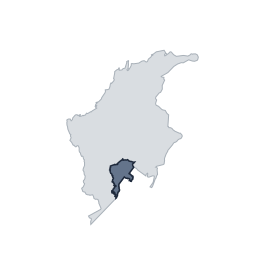 location of Vaupés within Colombia, rotated 36°
{"feature_id": "COL-1426", "entity_name": "Vaupés", "entity_type": "Commissiary", "adm_level": 1, "iso_a3": "COL", "parent_name": "Colombia", "parent_adm1": "", "projection": "equal_earth", "projection_center": [-70.34, 0.431], "detail": "fine", "context": "in_parent", "style": "filled", "palette": "slate", "viewbox_px": 256, "rotation_deg": 36, "n_neighbors": 0, "source": "natural_earth", "source_scale": "10m", "svg_char_len": 8136}
<svg xmlns="http://www.w3.org/2000/svg" viewBox="0 0 256 256"><g transform="rotate(36 128 128)"><path d="M142.6,34.9L140.7,36.0L137.0,37.2L134.4,42.8L132.7,43.8L130.5,47.1L128.9,51.2L127.7,59.6L124.5,66.7L124.7,67.0L126.0,66.7L127.2,65.9L127.6,66.2L128.1,67.4L129.5,67.7L130.7,73.5L132.9,76.4L133.1,77.5L133.4,79.9L132.6,81.4L132.3,86.7L133.0,88.0L134.7,88.5L135.8,91.8L136.5,92.5L137.5,93.0L139.9,92.5L144.3,93.1L145.3,93.0L147.8,91.9L150.9,93.3L153.2,93.5L159.4,103.4L160.0,103.1L160.8,103.7L162.4,102.7L163.8,102.5L165.6,103.0L167.9,103.0L172.7,102.0L173.4,101.4L175.9,102.0L176.7,102.8L177.1,104.6L176.8,105.8L175.9,106.9L175.4,108.4L175.3,110.2L174.8,111.5L174.0,112.4L173.7,113.7L173.9,115.3L173.4,122.8L173.8,123.4L174.1,126.5L175.2,130.5L175.7,131.7L176.6,132.6L178.3,135.9L177.9,137.0L173.6,142.2L173.4,143.4L174.2,142.9L175.6,143.4L176.0,144.6L179.2,148.2L179.2,149.6L180.1,152.3L179.9,152.9L182.1,160.6L182.2,162.3L180.4,162.7L180.3,157.5L180.0,156.5L177.9,151.9L177.5,151.5L176.1,152.1L173.8,155.5L172.7,156.0L171.9,155.5L171.0,153.5L170.4,153.1L169.9,154.8L170.6,156.3L160.4,156.3L158.4,155.7L155.7,156.4L155.6,164.2L160.5,164.3L161.8,166.6L161.7,168.4L161.9,169.0L160.7,169.4L159.0,168.2L156.0,169.7L153.8,170.0L153.7,178.6L155.0,180.8L157.6,183.1L158.0,184.7L157.8,186.1L158.4,188.0L159.2,189.0L159.2,190.1L159.7,191.3L154.6,227.9L152.8,225.6L152.2,223.6L151.3,222.8L149.6,223.4L147.8,222.4L153.7,210.0L153.5,208.9L148.5,205.9L148.0,205.1L145.7,203.5L144.4,204.0L143.6,204.8L141.9,205.0L140.4,203.7L138.7,202.8L136.6,204.9L136.0,204.9L134.5,205.8L133.0,206.2L130.9,205.2L129.2,205.9L128.1,205.7L127.7,205.1L126.2,204.3L126.0,203.5L126.4,202.0L125.8,199.0L125.6,198.5L124.4,198.4L123.1,197.3L122.9,196.7L123.1,195.4L122.9,194.4L121.6,192.0L119.9,191.3L118.1,189.3L116.4,188.6L115.7,187.2L114.9,183.9L113.1,181.4L111.9,180.6L111.5,179.4L110.2,179.2L108.5,177.6L107.7,177.5L107.2,178.2L105.6,177.4L104.2,176.2L102.8,175.9L101.9,175.2L100.2,172.8L98.4,171.7L97.3,172.1L97.0,173.8L96.4,174.1L94.3,173.7L93.9,174.1L93.4,174.0L90.8,172.7L88.3,172.2L87.7,169.3L86.1,168.3L85.6,166.9L84.5,167.0L80.2,164.4L78.4,162.6L76.9,161.5L75.3,159.5L75.0,158.6L73.8,157.5L74.4,155.9L75.9,154.7L77.8,155.6L78.1,153.8L77.4,152.3L77.7,148.6L78.2,147.8L79.3,147.1L79.9,147.4L80.3,146.8L81.9,147.1L82.4,146.8L83.6,145.4L84.1,144.2L84.6,144.3L85.9,142.4L85.7,140.4L86.9,140.0L88.2,136.8L88.7,136.7L89.0,135.2L91.2,129.9L90.4,130.6L89.6,130.2L89.7,128.4L89.5,128.2L88.7,129.6L88.1,128.2L88.3,125.9L87.3,126.4L87.4,125.8L88.8,124.1L89.4,120.2L88.9,118.8L88.7,113.0L88.4,111.9L87.2,110.5L89.1,108.8L89.8,107.5L89.0,105.0L87.9,102.8L87.8,101.5L88.5,101.6L88.8,98.0L88.2,96.6L87.4,96.6L84.9,91.3L84.1,90.2L84.7,87.6L85.5,86.5L85.4,84.6L85.8,84.7L86.9,86.4L87.3,86.2L89.0,84.5L89.1,82.9L90.4,81.3L88.6,75.9L87.9,75.0L88.7,73.3L89.1,73.4L89.9,75.1L91.0,76.2L92.7,79.2L93.5,79.9L92.9,80.6L92.8,81.3L93.1,81.7L94.0,81.8L94.4,80.9L94.2,77.3L93.8,75.4L92.9,74.1L93.2,73.6L94.9,72.7L98.6,69.1L99.9,65.8L100.9,64.6L102.0,63.9L103.3,64.1L104.3,63.6L104.6,62.6L104.0,60.3L104.8,57.2L104.7,55.6L105.3,54.6L105.1,54.3L103.7,55.4L105.1,53.2L106.1,49.8L111.5,43.9L114.9,45.3L116.0,45.2L114.6,45.9L114.3,46.8L114.8,47.7L115.4,48.0L115.8,47.4L117.0,43.9L117.2,42.0L117.7,41.3L118.4,41.1L121.8,41.9L125.0,41.6L130.2,36.7L134.2,34.6L135.2,32.6L135.4,31.0L136.2,30.4L136.9,30.4L137.4,29.6L139.2,28.3L141.1,28.1L143.2,29.3L144.1,31.3L144.2,32.7L142.6,34.9ZM82.0,146.4L81.7,146.7L81.3,146.2L81.1,145.6L81.4,145.2L81.8,145.3L82.0,146.4Z" fill="#d9dde1" stroke="#a8b0b8" stroke-width="1"/><path d="M155.7,156.4L155.7,156.9L155.6,164.2L155.8,164.3L156.2,163.9L156.4,163.9L156.6,163.9L156.8,164.2L157.7,164.1L157.9,164.1L158.3,164.3L158.7,164.3L159.0,164.2L159.1,164.3L159.3,164.4L159.4,164.6L159.5,164.6L159.9,164.2L160.1,164.1L160.7,164.5L160.8,164.6L160.9,164.9L161.1,165.0L161.2,165.3L161.2,165.5L161.4,165.6L161.4,166.1L161.5,166.2L161.7,166.4L161.8,166.4L161.9,166.5L161.8,166.8L161.7,166.8L161.7,167.1L161.7,167.6L161.7,167.9L161.7,168.0L161.6,168.4L161.6,168.5L161.8,168.6L162.0,168.9L162.0,169.2L162.0,169.3L161.8,169.4L161.7,169.4L161.4,169.3L161.3,169.5L161.2,169.6L160.8,169.5L160.6,169.5L160.6,169.2L160.4,169.1L160.2,169.1L160.0,169.3L160.0,169.2L159.3,168.4L159.2,168.2L158.7,168.2L158.6,168.3L158.3,168.5L158.1,168.6L157.9,168.7L157.8,168.9L157.7,169.1L157.4,169.1L157.2,168.9L156.7,169.3L156.4,169.5L156.1,169.7L155.7,169.8L155.1,169.8L154.9,169.9L154.7,169.9L154.3,169.9L154.1,170.0L153.8,169.9L153.7,177.6L153.7,178.5L153.7,178.9L153.8,179.1L154.2,179.7L154.6,180.2L154.8,180.6L155.1,180.8L155.4,180.9L155.6,181.1L155.7,181.5L155.8,181.6L156.1,181.8L156.4,182.3L156.6,182.4L157.3,182.8L157.6,183.1L157.7,183.3L157.8,183.5L157.8,183.8L157.8,184.1L157.8,184.3L158.0,184.5L158.0,185.0L157.7,185.6L157.6,185.8L157.7,186.1L158.1,186.6L158.1,187.1L158.2,187.3L158.3,187.4L158.3,187.5L158.5,187.8L158.4,187.9L158.4,188.0L158.5,188.2L158.6,188.3L158.8,188.4L158.8,188.5L159.0,188.8L159.3,189.0L159.3,189.6L159.2,190.0L159.6,190.8L159.7,191.2L159.5,191.9L159.2,191.4L159.1,191.2L158.8,191.1L158.2,190.6L157.6,191.0L157.4,190.9L157.4,190.7L157.4,190.3L157.5,190.1L157.5,189.9L157.5,189.7L157.3,189.5L157.0,189.0L156.9,188.9L156.7,188.9L156.6,189.0L156.4,189.4L156.3,189.5L156.1,189.5L155.7,189.3L155.4,189.4L155.3,189.6L155.1,189.7L154.9,189.6L154.8,189.3L154.9,189.0L154.9,188.9L154.9,188.7L155.0,188.6L155.1,188.4L155.2,188.2L154.8,188.1L154.7,188.2L154.3,188.0L154.2,188.1L154.1,188.3L153.9,188.3L153.7,188.2L153.4,188.3L153.2,188.7L153.3,188.9L153.6,189.2L153.7,189.5L153.4,189.9L153.1,189.8L152.6,189.4L152.6,189.1L152.7,188.8L152.7,188.6L152.3,188.8L152.2,188.8L152.0,188.7L151.9,188.4L151.8,188.2L152.0,187.8L152.2,187.6L152.4,187.2L152.2,186.8L152.0,186.4L151.9,186.0L152.0,185.9L152.1,185.7L152.2,185.4L152.2,185.1L152.1,184.9L152.1,184.7L152.2,184.2L152.2,183.9L152.1,183.7L151.8,183.6L151.7,183.7L151.6,183.4L151.8,183.0L152.3,182.3L152.4,182.2L152.2,181.9L151.8,181.8L151.7,181.9L151.5,182.0L151.4,182.2L151.4,182.5L151.2,182.7L150.7,182.5L150.3,182.6L150.3,182.3L150.3,182.1L150.2,181.9L150.1,181.6L150.0,181.4L149.9,181.3L149.7,181.2L149.3,181.3L149.1,181.2L149.0,180.9L148.8,180.8L148.7,180.8L148.4,180.9L148.1,180.5L147.9,180.4L147.7,180.3L147.5,180.5L147.4,180.7L147.3,180.8L147.2,180.9L146.8,180.9L146.7,180.7L146.5,180.1L146.3,179.3L145.9,178.7L146.0,178.4L146.0,178.2L146.0,177.8L145.9,177.6L145.7,177.1L145.4,176.9L145.1,177.0L144.9,176.9L144.5,176.7L144.3,176.6L144.1,176.5L144.1,176.3L144.0,175.8L143.8,175.6L143.7,175.6L143.3,175.8L143.2,175.8L142.9,175.7L142.7,175.6L142.3,175.0L141.9,174.9L141.7,174.7L141.4,174.8L141.2,174.8L141.0,174.7L140.9,174.7L140.7,174.8L140.1,174.4L139.3,173.9L139.1,173.7L139.0,173.3L138.9,173.2L138.6,173.1L138.5,172.9L138.5,172.7L138.4,172.5L138.2,172.4L138.0,172.7L137.8,172.7L137.8,172.3L137.9,172.1L137.7,171.7L137.3,171.4L137.0,171.1L137.0,170.8L137.1,170.7L137.1,170.3L137.0,170.1L136.8,170.0L136.7,170.1L136.5,169.8L136.4,169.4L136.3,169.1L136.2,169.0L137.8,166.6L138.1,166.3L138.4,165.9L138.5,165.8L138.5,165.6L138.6,165.3L138.8,165.2L139.1,165.1L139.3,165.2L139.8,164.6L140.0,164.4L140.2,164.0L140.2,163.8L140.2,163.7L140.3,163.4L140.4,163.2L140.5,163.0L140.6,163.3L140.7,163.5L140.8,163.6L140.9,163.3L140.8,163.2L140.7,163.0L140.6,162.8L140.6,162.6L140.5,162.3L140.5,162.2L140.5,161.9L140.5,161.7L141.0,160.3L141.0,159.9L141.1,159.6L141.2,159.4L141.4,158.8L141.5,158.4L141.5,158.2L141.8,157.8L141.8,157.5L141.9,157.2L141.9,156.1L142.1,156.1L142.3,156.4L142.6,156.5L142.8,156.8L143.0,156.9L143.2,156.7L143.4,156.5L143.5,156.3L144.0,155.9L144.7,155.3L145.2,155.1L145.5,154.9L145.7,154.7L146.1,154.2L146.2,153.9L146.3,153.9L147.2,153.9L147.6,153.9L147.8,154.0L148.0,154.1L148.3,154.1L148.5,154.1L148.8,153.9L149.3,153.7L149.5,153.6L149.9,153.5L150.0,153.4L150.2,153.2L150.4,153.1L150.7,153.0L150.9,153.0L151.0,152.9L151.3,152.9L151.6,152.8L152.0,152.6L152.5,152.6L152.8,152.3L153.0,152.1L153.4,151.7L153.4,152.2L153.3,152.8L152.9,154.1L152.9,154.3L152.9,154.5L153.9,155.6L154.3,155.9L154.6,156.0L155.0,156.0L155.4,156.2L155.7,156.4L155.7,156.4Z" fill="#64748b" stroke="#1e293b" stroke-width="1.5"/></g></svg>